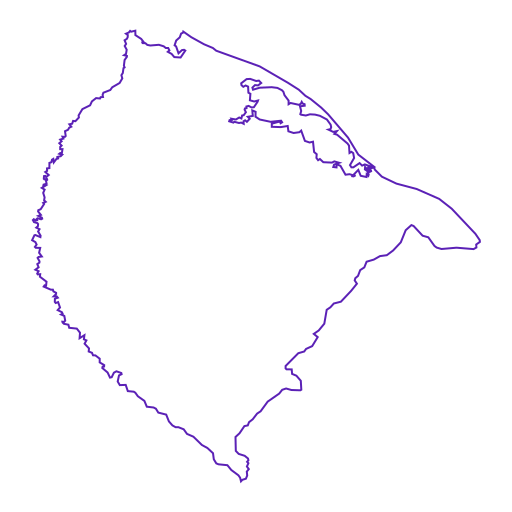 map outline of Rio Grande do Sul (Robinson projection), rotated 270°
{"feature_id": "BRA-612", "entity_name": "Rio Grande do Sul", "entity_type": "State", "adm_level": 1, "iso_a3": "BRA", "parent_name": "Brazil", "parent_adm1": "", "projection": "robinson", "projection_center": [-52.79, -30.407], "detail": "fine", "context": "isolated", "style": "outline", "palette": "violet", "viewbox_px": 512, "rotation_deg": 270, "n_neighbors": 0, "source": "natural_earth", "source_scale": "10m", "svg_char_len": 5974}
<svg xmlns="http://www.w3.org/2000/svg" viewBox="0 0 512 512"><g transform="rotate(270 256 256)"><path d="M36.5,247.2L33.3,245.9L32.2,242.4L30.7,241.0L34.3,240.1L36.7,238.4L42.0,231.3L46.8,227.4L47.7,218.5L48.6,216.3L52.7,213.8L58.8,213.0L64.0,207.4L67.0,201.9L75.3,193.4L78.1,187.0L82.7,183.7L84.8,178.4L84.8,175.6L86.6,172.4L90.6,168.9L97.4,166.2L99.4,158.3L103.3,155.9L104.5,153.6L105.3,146.8L111.1,144.4L115.7,137.9L119.3,135.3L120.3,133.8L120.9,127.8L127.1,125.7L126.9,119.8L130.5,117.7L136.6,119.0L137.8,121.6L139.0,121.3L140.7,116.4L139.3,113.9L134.8,111.7L134.4,110.0L139.5,107.6L144.0,102.3L145.3,102.6L145.5,104.1L146.9,104.2L149.6,99.7L153.3,99.7L156.6,95.4L156.7,93.0L159.2,92.0L160.5,88.7L163.6,89.0L168.3,84.6L171.6,86.4L172.7,83.9L176.8,84.4L173.8,79.6L179.3,80.0L183.4,76.8L184.2,69.2L187.3,68.4L188.2,63.9L189.5,62.6L190.3,62.4L190.2,64.2L191.3,65.2L196.1,64.3L197.5,61.1L198.3,62.6L199.8,61.9L201.9,57.7L204.5,60.0L209.9,58.1L209.0,55.7L210.1,54.8L213.3,54.9L214.3,57.8L215.7,56.6L215.7,53.8L218.0,56.1L219.2,56.1L220.6,53.4L222.3,52.9L222.3,50.9L225.4,43.7L226.7,44.6L226.5,46.1L230.3,46.5L235.3,39.9L237.8,40.2L237.6,37.7L238.4,37.2L240.8,38.6L242.3,35.4L244.7,38.6L247.9,37.3L249.4,39.4L250.7,39.5L254.1,37.6L255.0,38.5L255.5,41.8L259.2,39.1L264.1,40.2L264.2,35.8L265.1,34.9L267.4,36.6L269.9,35.4L271.8,32.1L276.7,34.4L277.0,35.3L274.9,40.4L276.3,40.6L280.5,38.1L282.8,39.5L284.4,36.3L285.8,37.9L287.9,38.1L288.9,37.4L289.9,34.0L291.9,32.9L292.8,33.8L291.6,35.7L291.8,37.1L293.0,36.7L293.7,37.5L292.7,41.1L293.3,42.2L294.3,41.9L296.1,38.3L297.1,40.9L300.5,38.1L301.8,38.3L302.8,40.7L308.0,44.1L309.1,43.2L310.2,45.7L311.7,44.1L314.6,44.6L319.1,43.2L322.4,44.6L324.1,41.8L326.4,45.5L326.6,43.4L327.4,43.6L328.3,46.6L331.1,46.0L332.2,47.2L333.1,46.9L332.6,44.4L333.2,43.8L335.9,44.0L336.1,45.3L334.9,46.1L337.0,48.7L340.0,45.3L341.1,47.1L343.6,47.0L343.9,49.4L349.1,49.4L349.8,51.4L352.3,52.0L353.1,53.3L349.6,53.8L354.2,57.3L352.7,58.4L355.1,57.5L355.8,60.7L357.3,62.2L358.2,59.3L359.0,60.3L358.6,61.8L362.9,62.5L362.9,60.2L365.1,60.2L366.4,61.6L368.8,59.3L370.7,61.6L372.4,60.2L373.4,63.4L375.3,62.5L375.1,64.8L376.0,65.7L380.8,65.0L382.2,68.0L384.3,69.2L385.3,71.3L387.7,69.4L388.3,72.2L391.1,73.1L390.8,75.4L394.5,78.9L396.6,78.6L402.9,82.4L406.7,90.1L410.6,91.9L413.9,96.1L413.5,100.0L414.8,100.6L415.0,103.0L417.1,102.6L419.3,103.4L422.0,110.3L424.7,112.2L429.0,119.6L433.6,122.3L436.8,121.4L439.0,122.8L443.9,123.5L444.6,124.6L446.3,123.9L452.0,124.6L455.2,126.9L456.1,126.9L456.8,124.1L458.1,126.0L462.3,126.7L466.0,124.7L468.1,126.1L471.7,124.6L473.2,126.9L474.9,127.7L477.0,127.8L478.3,126.0L479.5,128.8L481.1,130.1L480.3,131.1L481.3,135.3L476.9,135.4L473.1,141.2L470.0,143.6L469.6,142.3L468.9,142.6L468.8,145.4L467.1,147.3L466.5,150.3L467.2,158.9L465.7,163.7L464.0,165.8L464.0,168.2L461.6,169.4L460.2,167.8L458.1,171.6L454.9,174.3L454.5,180.6L461.4,185.3L462.2,184.1L461.9,182.0L458.7,178.5L465.6,176.1L466.7,174.6L471.5,176.2L474.7,179.8L478.4,181.1L479.4,183.1L480.4,183.3L474.8,191.3L467.7,204.1L464.0,212.9L461.3,216.2L445.6,259.7L429.3,287.8L422.3,298.8L416.2,305.4L413.0,310.6L404.4,321.2L397.7,328.1L374.4,348.0L357.4,358.3L345.2,374.1L344.8,372.8L347.6,364.8L346.4,362.1L348.9,359.6L344.7,353.4L344.7,351.4L346.9,350.0L354.0,354.1L358.9,353.2L360.2,351.4L359.0,349.5L366.4,349.0L368.5,347.5L377.3,337.1L378.1,334.4L380.9,336.9L380.1,333.2L382.4,328.4L382.9,330.5L384.9,331.2L387.4,330.6L392.5,326.9L396.2,319.9L397.4,315.0L397.7,310.0L396.5,305.8L397.3,301.0L397.8,300.3L401.0,301.2L405.7,300.0L406.3,304.7L407.8,304.6L408.5,302.6L410.1,301.7L408.2,300.8L407.2,298.9L409.0,290.6L407.8,288.6L411.4,288.6L416.8,284.5L420.2,283.4L421.8,281.9L424.1,277.4L424.8,271.7L424.3,259.8L422.3,253.0L424.4,252.4L426.9,255.0L426.6,258.1L429.0,261.2L431.4,258.9L431.0,256.2L433.1,250.2L432.9,246.6L428.7,241.2L426.8,241.5L425.2,243.3L426.5,245.6L425.4,248.1L419.3,248.4L418.2,250.4L411.7,249.9L410.5,254.2L411.5,258.0L410.3,257.6L404.8,253.9L404.5,251.7L406.1,248.6L405.5,246.4L403.8,246.5L403.5,244.9L402.3,244.6L399.8,245.9L396.8,243.7L396.5,242.1L393.5,241.4L394.5,239.2L392.5,235.9L393.3,231.3L392.1,231.8L391.9,229.6L390.7,229.2L389.4,233.4L390.2,234.3L389.0,239.0L389.4,241.2L388.2,243.7L390.7,243.5L391.7,245.1L390.2,246.9L393.2,249.7L395.2,247.8L396.1,252.8L401.6,252.3L400.2,255.6L395.3,255.5L392.5,259.7L390.2,270.6L391.3,281.1L389.7,282.1L388.8,280.6L390.2,280.2L390.1,278.3L388.3,271.8L385.2,271.8L384.9,280.8L386.0,287.7L380.7,288.4L379.0,293.6L379.8,299.4L381.4,301.2L371.1,304.9L369.5,309.6L370.3,313.0L360.0,314.1L357.8,316.7L354.1,316.4L351.8,318.1L353.0,319.9L349.8,323.3L349.4,332.0L350.6,334.3L349.2,339.2L347.4,334.1L345.0,333.3L344.6,336.5L347.1,336.6L347.4,337.6L346.1,340.5L337.3,345.5L337.8,349.5L337.0,352.3L335.8,352.2L335.6,353.6L336.3,354.8L337.8,354.1L342.1,358.3L336.2,360.7L335.0,366.5L337.7,366.7L336.2,368.3L337.5,368.7L340.9,367.3L342.6,364.9L345.0,365.1L340.1,369.7L340.8,371.1L341.7,370.9L344.7,367.4L343.9,371.1L344.4,374.1L342.4,374.8L335.3,381.9L328.4,396.4L323.0,416.7L313.1,439.2L303.3,451.7L278.2,475.4L271.9,479.7L270.1,479.9L267.5,476.2L264.5,476.4L262.9,473.6L264.3,456.5L263.0,441.5L264.4,436.7L266.0,434.5L274.7,428.3L276.3,422.6L286.0,413.6L286.9,411.4L281.8,405.7L269.7,400.8L261.5,393.1L256.8,386.8L255.9,380.0L252.4,373.8L250.3,366.6L244.6,364.3L241.9,360.2L236.1,358.0L233.8,355.3L231.6,354.7L228.3,356.9L221.1,351.1L210.3,340.9L208.5,333.8L204.7,330.4L202.2,326.7L188.3,324.3L181.5,318.7L178.1,313.8L174.9,317.7L165.9,312.2L163.1,306.1L160.5,304.2L158.8,298.3L146.0,285.6L143.6,285.6L142.7,286.5L142.6,291.7L138.1,292.1L136.3,296.4L131.2,300.8L122.3,301.3L121.7,300.3L122.0,291.4L123.5,286.1L122.2,282.2L118.4,279.2L110.4,267.7L100.7,260.6L98.4,257.1L92.7,252.7L89.8,249.0L86.6,247.8L85.9,244.4L78.7,239.5L75.0,235.5L61.1,235.8L58.1,238.7L56.2,244.7L53.5,248.0L51.7,248.4L50.2,247.1L48.8,248.4L45.5,246.9L42.9,248.8L40.4,246.8L36.5,247.2Z" fill="none" stroke="#5b21b6" stroke-width="2"/></g></svg>